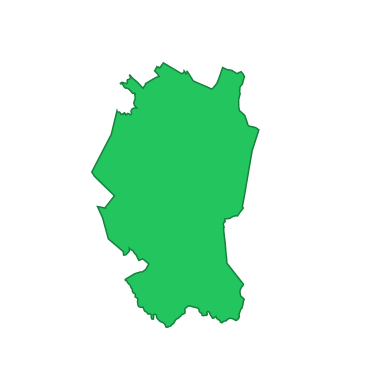 the district of Heroica Villa Tezoatlán de Segura y Luna, Cuna de la Independencia de Oaxaca, Oaxaca, Mexico, rotated 327°
{"feature_id": "50627088B73617398914248", "entity_name": "Heroica Villa Tezoatlán de Segura y Luna, Cuna de la Independencia de Oaxaca", "entity_type": "district", "adm_level": 2, "iso_a3": "MEX", "parent_name": "Mexico", "parent_adm1": "Oaxaca", "projection": "albers", "projection_center": [-97.858, 17.573], "detail": "fine", "context": "isolated", "style": "filled", "palette": "green", "viewbox_px": 384, "rotation_deg": 327, "n_neighbors": 0, "source": "geoboundaries", "source_scale": "gbopen_adm2", "svg_char_len": 5836}
<svg xmlns="http://www.w3.org/2000/svg" viewBox="0 0 384 384"><g transform="rotate(327 192 192)"><path d="M226.3,233.4L226.1,231.9L229.7,228.1L231.6,226.1L234.0,223.6L235.2,222.3L239.3,217.9L240.0,217.1L241.3,215.6L241.8,215.1L243.5,213.3L246.9,209.6L247.2,209.3L249.5,206.8L252.1,204.0L252.4,203.6L254.6,201.3L256.1,199.6L256.4,199.4L261.3,194.0L261.7,193.6L264.6,190.5L264.8,190.2L268.5,187.2L269.5,186.4L272.6,183.9L273.2,183.4L277.0,180.3L277.5,179.9L279.4,178.4L281.6,176.6L281.9,176.4L280.5,172.7L280.2,172.5L279.1,171.1L277.7,169.7L276.9,169.0L275.7,167.7L275.4,166.3L275.5,165.5L275.9,164.7L276.2,163.6L276.6,162.0L277.4,159.0L277.3,158.3L277.5,157.9L278.0,156.8L277.5,154.3L277.3,154.1L276.8,151.6L276.1,150.3L277.2,146.7L279.6,142.8L281.4,140.0L286.1,135.6L286.2,134.5L287.6,132.5L289.6,129.9L293.1,128.9L293.5,128.5L296.0,126.2L298.1,124.4L299.0,123.6L298.8,123.0L299.1,120.8L298.7,117.8L294.2,117.2L293.4,115.6L292.7,114.0L292.0,112.7L291.8,111.9L290.5,110.6L289.0,109.3L288.2,108.5L286.9,106.7L285.6,104.3L283.8,105.6L280.9,107.9L279.4,109.1L277.7,110.4L274.4,112.9L272.1,114.3L271.3,114.6L269.6,115.3L268.1,115.7L267.4,115.9L264.7,116.6L261.8,112.0L255.5,102.6L254.0,100.2L253.9,100.1L253.6,99.5L253.7,87.5L253.3,88.6L253.4,89.2L253.1,89.3L252.3,89.6L251.7,89.2L251.4,89.4L251.4,89.1L251.3,88.9L251.5,88.6L251.5,88.4L251.5,88.0L251.5,87.6L251.5,87.3L251.5,87.0L251.3,86.8L251.3,86.2L250.6,87.0L250.3,87.2L249.7,87.2L249.1,87.2L248.9,87.2L247.8,87.3L238.3,68.1L232.9,70.3L232.6,70.3L232.4,69.9L232.2,70.0L232.0,69.8L231.8,69.4L231.8,69.1L231.6,69.2L231.2,68.9L231.0,68.6L231.0,68.1L230.8,68.1L230.8,67.8L227.8,69.5L226.6,70.1L227.3,73.7L227.3,77.2L224.1,76.3L219.9,76.1L215.0,75.9L214.1,75.8L213.1,75.8L212.9,75.8L211.8,75.9L211.2,76.8L210.2,77.2L208.9,77.6L208.6,77.8L207.5,78.4L207.3,77.5L206.0,70.2L204.1,63.9L203.6,60.1L202.9,60.5L203.2,60.9L203.4,61.4L202.9,62.2L202.4,62.8L201.5,63.1L200.2,63.2L199.6,62.9L199.1,62.7L198.5,63.0L197.9,64.0L197.4,65.0L196.0,65.4L195.4,64.5L194.9,64.1L194.6,63.8L194.4,63.3L193.9,62.8L193.5,62.3L193.1,61.9L192.6,61.9L192.1,61.7L191.6,62.1L191.3,62.0L191.0,62.0L191.0,62.3L191.1,62.5L191.3,62.6L191.7,62.6L192.0,62.8L192.4,63.5L192.5,64.1L192.4,65.1L192.4,66.0L192.3,66.8L192.5,67.4L192.6,68.1L192.8,68.7L193.3,68.9L194.0,69.4L194.3,70.0L195.0,71.0L195.2,72.4L195.5,73.4L195.6,74.5L195.7,75.5L196.0,77.0L196.7,77.4L197.4,77.7L197.8,78.2L197.7,78.8L197.1,79.1L196.8,79.6L196.6,80.1L196.2,81.0L195.6,82.1L195.0,83.1L194.1,83.5L193.0,84.6L192.4,85.0L191.8,85.3L191.2,86.9L190.9,88.2L191.1,89.0L191.2,90.0L191.5,91.5L189.5,90.3L188.6,89.9L187.5,89.7L186.8,89.8L186.1,90.1L185.5,90.4L184.7,91.3L184.2,92.5L183.9,93.6L183.1,93.8L182.6,93.8L182.2,93.4L181.7,92.0L181.0,91.1L180.4,91.0L179.8,91.4L179.0,91.5L178.4,91.2L178.4,90.6L178.6,90.0L178.6,89.2L178.6,88.8L178.3,88.7L178.0,88.7L177.6,89.1L177.3,89.4L176.8,89.5L176.6,89.3L176.4,88.8L176.0,88.4L175.5,88.4L175.1,88.4L174.7,88.3L174.6,87.7L174.8,86.7L174.9,86.0L174.7,85.4L174.2,85.2L173.6,84.9L173.3,84.4L173.1,83.8L173.3,83.1L155.7,99.7L155.6,99.8L155.2,100.0L127.7,115.6L125.9,116.6L118.8,120.7L118.8,126.0L124.9,152.9L110.4,157.9L110.4,158.1L104.8,152.7L103.0,164.8L96.3,185.8L101.9,204.5L100.3,207.7L101.3,208.2L102.0,208.5L102.5,208.6L103.0,208.5L104.0,208.3L105.0,208.1L105.8,208.0L106.4,207.7L107.4,207.3L108.2,205.8L108.7,205.1L108.7,206.0L110.5,209.0L110.4,211.1L110.4,211.7L110.5,212.5L110.7,213.3L110.9,214.4L110.4,218.4L110.2,220.5L114.3,221.2L114.6,222.2L116.6,228.8L111.1,231.7L107.1,232.0L104.6,230.8L99.4,229.3L88.4,228.9L88.2,229.3L88.0,229.8L88.3,230.3L88.8,231.1L88.9,231.8L88.7,232.4L88.7,233.4L88.8,234.4L89.0,235.1L89.3,236.1L89.2,237.0L89.1,237.7L88.8,238.7L88.7,239.2L88.8,239.8L89.1,240.6L88.6,241.5L88.2,242.3L87.9,243.0L87.8,243.8L87.9,244.4L88.0,245.1L88.5,245.9L88.8,246.8L88.6,247.5L87.8,248.1L87.2,248.9L87.3,249.2L87.4,249.6L87.7,250.3L88.1,250.9L88.3,251.5L88.2,252.5L87.7,252.9L87.7,253.1L87.2,253.6L86.5,254.3L85.5,256.6L84.9,258.1L85.3,259.8L86.7,261.2L88.2,261.8L87.8,263.9L87.4,265.9L88.2,267.6L88.5,268.2L88.7,270.6L90.6,271.3L90.7,273.4L89.5,274.9L89.2,276.8L90.4,277.6L92.2,275.4L92.6,273.9L94.6,274.5L95.0,276.1L94.0,278.2L94.1,279.9L94.5,282.3L95.1,283.8L96.4,285.4L97.0,287.0L97.2,288.6L97.0,289.2L96.9,289.6L96.7,291.3L98.2,292.2L99.8,292.4L101.3,292.7L103.0,292.3L104.9,292.2L106.6,291.4L108.1,290.6L109.8,290.1L111.5,290.4L113.2,290.1L115.3,289.8L117.1,289.2L118.5,289.8L120.2,289.7L121.2,288.4L121.9,286.6L123.5,285.9L125.1,285.8L126.7,285.5L128.1,286.5L129.3,287.7L130.3,288.9L131.4,290.1L132.7,291.4L133.7,292.7L133.9,294.3L133.1,295.9L133.2,297.6L134.0,299.0L133.3,301.1L134.6,302.2L136.3,302.6L136.8,303.3L138.1,303.1L138.4,302.6L138.2,302.0L138.8,301.3L139.6,300.7L140.2,300.8L140.6,301.3L141.0,302.7L140.5,304.5L140.4,306.1L140.7,307.0L140.5,307.9L140.4,308.5L140.5,309.1L140.9,309.5L141.4,309.6L142.4,309.5L142.7,309.5L144.3,309.6L143.9,311.5L144.5,313.3L145.4,314.7L145.0,316.6L145.8,318.0L146.7,317.9L147.6,317.8L149.1,317.9L150.6,318.7L152.6,318.1L154.6,318.4L156.4,319.6L157.4,320.9L158.2,322.6L159.2,323.9L160.9,323.7L162.4,323.3L163.8,322.4L164.4,320.7L166.0,319.3L167.7,318.0L168.9,316.9L170.7,316.6L171.8,315.5L173.0,314.5L174.4,313.0L176.0,311.4L177.4,310.3L176.9,308.1L176.2,306.3L176.6,304.5L177.4,302.7L178.6,300.8L179.9,299.9L181.5,298.8L183.7,298.4L184.9,297.4L182.5,270.6L184.9,266.5L187.4,261.4L192.2,252.6L193.9,249.0L197.1,242.5L197.4,242.0L197.6,241.7L198.4,240.6L198.5,239.8L199.2,239.2L199.6,239.2L199.5,238.7L200.2,238.0L200.2,237.4L200.5,236.2L201.4,235.6L201.5,235.4L202.1,234.9L202.6,234.8L202.9,235.0L203.0,235.0L202.9,234.6L203.5,234.1L203.9,234.4L204.1,233.4L204.4,233.1L204.6,232.6L204.9,232.4L205.8,232.9L206.7,233.4L209.2,234.7L212.9,234.8L215.4,235.6L217.1,236.8L220.8,235.3L226.3,233.4Z" fill="#22c55e" stroke="#15803d" stroke-width="1.5"/></g></svg>